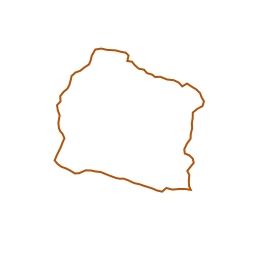 outline of Aperibé, Rio de Janeiro, Brazil, rotated 61°
{"feature_id": "56859067B41541405954438", "entity_name": "Aperibé", "entity_type": "district", "adm_level": 2, "iso_a3": "BRA", "parent_name": "Brazil", "parent_adm1": "Rio de Janeiro", "projection": "equal_earth", "projection_center": [-42.132, -21.653], "detail": "fine", "context": "isolated", "style": "outline", "palette": "amber", "viewbox_px": 256, "rotation_deg": 61, "n_neighbors": 0, "source": "geoboundaries", "source_scale": "gbopen_adm2", "svg_char_len": 1278}
<svg xmlns="http://www.w3.org/2000/svg" viewBox="0 0 256 256"><g transform="rotate(61 128 128)"><path d="M141.6,48.7L136.6,48.7L132.4,48.1L127.5,49.5L121.5,52.9L117.7,54.9L117.9,60.4L112.8,61.6L108.4,64.8L104.5,70.3L98.8,75.0L96.6,79.5L92.9,81.1L89.2,84.8L84.8,85.7L81.2,89.9L76.1,91.7L71.9,92.4L69.1,96.1L64.9,92.4L61.1,93.4L58.2,96.9L54.0,101.4L49.5,108.5L45.6,112.8L43.5,118.6L47.3,124.7L51.0,128.1L53.5,131.3L53.9,136.8L54.8,142.0L54.0,147.2L55.2,152.2L58.5,155.0L61.9,158.4L64.2,161.8L65.2,166.9L67.3,171.8L72.1,174.2L73.6,179.0L78.5,180.8L83.9,181.7L89.6,186.3L94.6,188.5L97.9,188.8L101.8,188.1L106.2,188.6L109.0,192.3L112.5,196.5L117.2,203.3L120.8,207.9L125.7,206.9L129.7,205.0L133.2,201.9L137.5,199.0L142.0,196.5L143.8,192.8L144.5,185.6L147.4,180.7L150.0,177.8L153.3,173.2L157.8,169.6L161.7,166.4L165.8,162.8L168.3,159.9L170.3,156.2L174.0,153.1L179.1,149.4L182.9,145.1L186.3,142.1L189.5,139.0L192.8,135.9L196.3,133.3L200.2,129.1L199.1,123.5L203.3,119.2L206.4,112.3L209.2,107.4L212.5,103.1L208.7,102.8L204.5,100.9L198.9,97.2L194.2,96.9L192.5,92.7L190.3,87.4L186.1,86.2L181.7,87.6L177.8,90.7L173.8,89.0L170.4,84.2L167.6,78.4L163.8,76.1L159.3,72.0L154.8,69.8L150.8,66.7L145.9,63.8L144.9,58.3L144.9,52.1L141.6,48.7Z" fill="none" stroke="#b45309" stroke-width="2"/></g></svg>